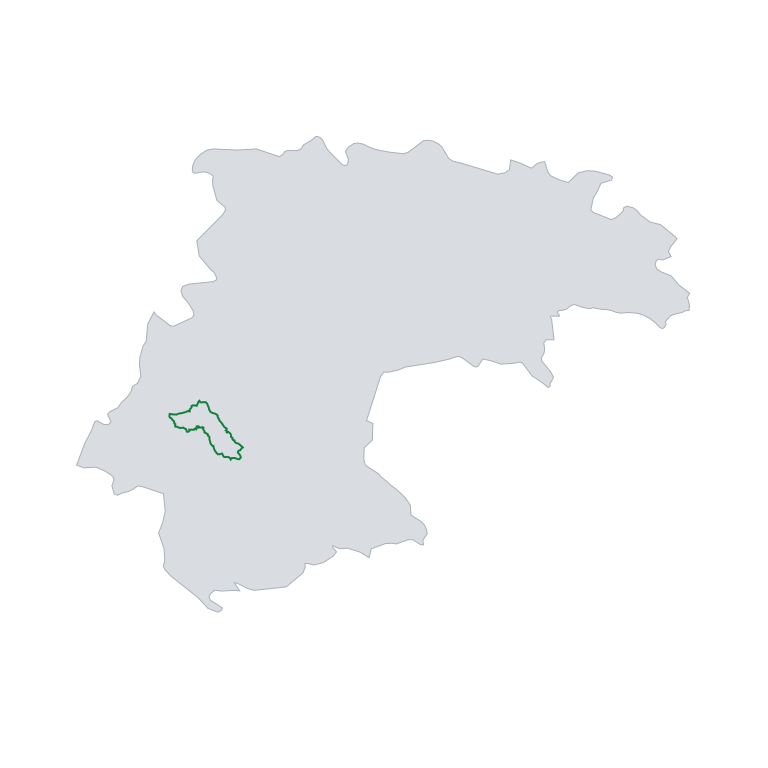 Lelouma, Lélouma, Guinea (highlighted), rotated 288°
{"feature_id": "49546643B79531384041877", "entity_name": "Lelouma", "entity_type": "district", "adm_level": 2, "iso_a3": "GIN", "parent_name": "Guinea", "parent_adm1": "Lélouma", "projection": "equal_earth", "projection_center": [-12.691, 11.514], "detail": "fine", "context": "in_parent", "style": "outline", "palette": "green", "viewbox_px": 768, "rotation_deg": 288, "n_neighbors": 0, "source": "geoboundaries", "source_scale": "gbopen_adm2", "svg_char_len": 6264}
<svg xmlns="http://www.w3.org/2000/svg" viewBox="0 0 768 768"><g transform="rotate(288 384 384)"><path d="M462.7,526.6L457.1,525.6L454.6,527.0L447.1,538.7L442.7,543.2L435.8,541.8L433.3,542.7L431.4,541.3L433.9,534.9L437.5,522.2L446.6,509.4L446.8,506.7L443.0,499.2L439.1,489.1L439.1,478.1L438.3,470.3L430.2,468.0L428.7,466.7L428.5,464.1L433.0,450.4L433.4,447.7L432.8,445.2L427.8,438.3L420.1,425.4L406.7,399.0L401.8,393.4L397.0,385.3L395.2,380.2L390.2,378.4L343.8,378.7L343.0,385.6L327.0,390.2L317.2,384.9L306.2,388.0L300.9,391.5L296.8,406.9L294.5,410.2L292.1,417.2L290.0,421.0L287.6,428.6L282.4,439.4L276.9,446.4L267.6,450.2L264.7,461.6L262.5,465.9L258.9,469.2L255.1,471.4L247.5,469.2L243.2,471.2L242.5,468.4L244.9,459.3L243.0,454.6L235.7,445.2L235.0,440.7L232.8,434.8L223.2,422.8L214.2,423.5L216.7,413.4L216.6,399.9L213.6,392.6L214.4,385.1L212.7,385.6L209.7,390.7L204.9,389.1L195.1,381.1L190.2,373.3L189.7,366.7L188.6,364.2L185.6,365.6L179.5,365.4L160.8,353.7L147.6,324.2L147.3,317.5L149.2,306.1L148.8,303.0L142.7,310.6L141.5,305.5L136.9,293.6L135.6,286.8L131.1,283.8L127.5,283.3L124.8,285.5L121.1,299.4L118.4,299.3L115.6,296.3L116.2,286.0L123.4,273.1L135.5,240.5L139.8,233.0L142.5,230.4L148.2,230.1L159.2,225.8L172.8,215.6L183.2,216.4L195.5,215.2L211.5,208.2L211.7,186.3L211.1,181.5L205.5,177.1L202.2,173.3L199.3,168.5L195.9,165.0L196.0,161.4L203.1,156.7L209.6,156.8L211.8,155.0L213.4,151.9L215.2,144.0L215.9,135.7L211.6,124.6L211.9,116.7L235.3,117.8L248.2,120.0L258.7,120.6L260.4,122.4L258.9,130.1L260.3,134.6L263.8,135.8L269.7,130.5L272.8,131.7L279.4,138.3L285.5,140.1L292.2,143.8L298.5,145.7L304.0,145.5L308.3,149.2L316.1,150.4L326.2,145.7L334.1,143.6L345.3,143.1L351.1,144.6L368.1,140.8L381.4,143.0L379.4,145.6L373.3,163.0L374.0,166.1L387.6,180.9L390.8,182.0L394.5,180.0L400.4,173.1L404.9,165.7L409.4,162.2L414.6,162.4L418.7,167.6L428.4,189.5L430.9,192.3L433.2,192.2L437.4,188.2L439.5,183.4L448.5,168.9L462.3,161.7L495.3,178.3L500.1,179.5L503.0,178.3L507.0,168.4L519.4,160.1L525.3,157.8L528.7,157.5L530.0,154.8L530.6,150.8L530.0,146.7L526.1,139.3L526.0,137.1L528.1,135.6L532.9,134.6L539.0,135.3L545.9,138.5L551.5,143.2L554.7,148.7L561.0,171.8L568.1,190.0L567.9,214.3L571.0,216.8L574.4,217.8L576.0,219.7L579.4,229.8L582.6,232.7L586.4,233.4L593.5,239.8L598.1,242.4L598.8,244.3L598.7,246.9L596.9,250.3L590.0,257.1L586.6,262.8L579.7,276.6L579.5,279.2L581.0,281.1L583.9,281.4L587.0,280.5L593.4,275.4L598.5,277.2L603.4,281.0L605.2,285.0L605.7,290.3L604.7,297.1L604.5,304.6L606.2,317.5L608.8,330.4L611.4,335.1L627.8,346.5L629.4,350.7L630.2,355.5L629.1,362.1L627.4,365.7L618.5,375.9L617.2,380.6L617.9,389.6L618.7,427.4L622.3,433.8L626.5,437.1L636.3,435.3L636.1,445.8L634.8,457.6L640.6,461.2L643.5,464.8L645.1,468.1L636.1,474.4L633.5,478.0L632.3,487.9L632.6,497.0L644.8,503.5L649.5,511.1L651.7,519.0L652.4,533.9L651.4,537.4L648.3,537.4L642.0,528.3L632.6,527.3L625.6,525.6L613.9,526.8L611.9,529.5L610.6,549.3L613.4,552.7L619.0,556.4L622.7,558.0L625.8,557.6L628.1,560.0L628.6,566.5L627.0,571.3L624.0,575.8L620.2,587.3L621.0,597.8L614.5,614.5L612.6,617.8L603.8,614.5L598.1,613.4L594.0,617.6L588.3,611.1L587.2,606.0L585.2,604.9L581.3,604.9L577.8,607.8L576.3,613.0L575.5,623.8L569.2,634.0L564.7,646.7L559.5,645.6L558.3,647.1L552.8,650.4L548.1,651.3L546.8,647.9L544.0,645.2L540.9,639.8L537.4,635.4L530.6,632.4L528.0,633.7L524.8,633.4L522.7,631.7L523.0,629.0L526.5,622.4L528.5,616.3L529.6,609.7L529.6,603.4L527.6,594.4L524.6,587.4L523.9,583.2L524.2,577.4L523.5,572.0L522.5,569.1L521.0,558.8L519.3,556.9L518.2,548.7L518.5,540.3L515.9,537.1L511.8,534.7L509.4,531.4L507.9,527.7L506.4,526.7L505.1,526.9L504.0,529.2L502.6,529.7L500.2,521.7L499.2,521.4L497.6,523.3L478.6,532.0L476.2,524.6L472.6,523.2L466.3,526.2L462.7,526.6Z" fill="#d9dde1" stroke="#a8b0b8" stroke-width="1"/><path d="M264.9,261.6L265.6,261.8L266.3,262.2L266.4,262.3L266.5,262.2L266.9,263.2L267.5,264.9L267.4,268.1L267.6,269.3L268.1,269.8L270.0,270.5L271.1,269.8L272.4,268.3L273.4,266.5L274.0,266.1L274.9,266.0L275.7,266.5L276.5,267.7L279.4,268.7L280.0,269.3L280.8,268.0L280.9,267.1L281.8,265.5L282.2,264.0L282.3,262.7L282.2,261.8L282.4,260.9L282.8,260.2L283.5,259.3L284.1,259.3L284.2,258.6L284.2,257.5L284.4,257.1L284.9,257.0L285.4,256.8L285.9,256.6L286.3,254.9L287.1,254.7L287.9,254.4L289.0,253.6L289.6,252.6L290.0,251.7L290.3,250.8L290.0,250.4L289.7,250.2L289.3,249.7L289.6,249.2L290.3,249.2L290.9,248.5L291.0,248.0L291.9,248.6L293.1,248.1L293.2,247.4L293.5,246.0L293.9,245.4L294.6,244.2L295.4,243.4L296.1,242.5L297.1,241.1L297.9,239.6L298.1,239.3L298.9,238.4L299.4,238.0L299.9,237.6L300.3,236.8L301.2,236.2L302.2,235.5L302.7,235.5L302.8,235.3L303.3,234.1L303.6,232.5L303.4,230.7L303.7,228.3L304.0,227.3L304.6,226.8L305.5,225.7L306.8,225.1L308.5,223.7L309.1,223.1L310.6,221.9L311.6,220.1L311.2,218.7L310.1,216.1L309.9,214.9L310.4,214.2L311.0,213.6L310.7,213.4L310.3,213.4L310.1,213.2L309.8,213.1L309.6,213.1L309.4,213.1L309.1,213.1L308.9,213.1L308.6,212.9L308.4,212.9L308.2,212.9L306.2,212.7L305.4,212.6L305.5,212.3L304.6,208.7L303.6,207.8L302.2,208.2L301.0,207.7L300.4,207.4L299.7,207.3L298.9,207.1L298.0,207.7L297.6,206.9L297.8,206.1L297.1,205.1L295.8,203.8L294.8,202.2L293.8,200.6L292.2,197.6L290.8,196.1L290.0,193.2L289.3,189.4L289.0,189.3L288.2,189.7L287.0,189.8L285.9,190.8L285.7,192.3L285.1,193.2L284.4,193.9L283.7,195.6L282.9,196.3L281.9,196.6L281.3,198.0L280.4,198.0L279.5,198.4L279.0,198.7L279.4,200.7L279.1,202.5L279.2,203.4L279.3,204.4L280.5,206.4L280.1,207.9L280.0,209.4L279.7,209.8L278.8,210.5L277.8,211.1L277.8,212.1L278.5,213.0L279.5,213.5L280.4,213.0L280.5,213.8L280.8,214.4L281.3,215.3L281.4,216.6L281.8,217.4L282.8,217.7L282.8,218.8L283.2,218.5L283.5,219.1L284.0,219.0L284.0,219.4L284.6,219.4L284.9,220.3L285.9,219.2L286.3,219.9L286.4,220.8L285.9,221.9L285.6,222.1L286.0,223.2L286.4,224.3L286.9,225.0L286.7,225.5L286.2,224.8L285.7,225.4L284.3,226.9L283.6,227.9L282.6,228.2L282.2,228.7L282.2,230.3L281.8,231.9L280.5,232.4L280.1,233.8L279.4,234.5L277.8,234.9L276.7,235.5L275.4,236.6L274.0,237.2L272.8,238.8L271.9,240.6L271.7,240.9L272.0,241.1L270.5,241.9L269.7,242.5L268.6,243.6L267.2,245.2L265.8,247.7L266.6,249.6L267.8,251.5L266.3,253.0L265.3,254.0L265.4,255.4L265.8,256.5L266.4,258.0L266.4,259.1L265.7,260.5L265.0,261.5L264.9,261.6Z" fill="none" stroke="#15803d" stroke-width="2"/></g></svg>